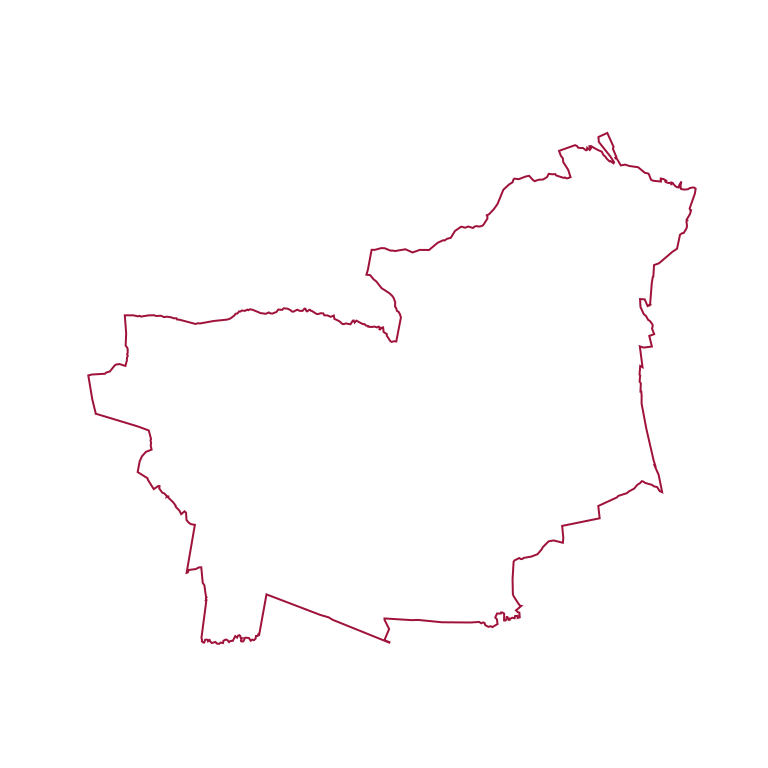 Vedea, Arges, Romania, rotated 280°
{"feature_id": "2599482B53469887912463", "entity_name": "Vedea", "entity_type": "district", "adm_level": 2, "iso_a3": "ROU", "parent_name": "Romania", "parent_adm1": "Arges", "projection": "equal_earth", "projection_center": [24.639, 44.783], "detail": "fine", "context": "isolated", "style": "outline", "palette": "rose", "viewbox_px": 768, "rotation_deg": 280, "n_neighbors": 0, "source": "geoboundaries", "source_scale": "gbopen_adm2", "svg_char_len": 6157}
<svg xmlns="http://www.w3.org/2000/svg" viewBox="0 0 768 768"><g transform="rotate(280 384 384)"><path d="M630.5,657.0L631.3,655.4L631.1,653.7L629.9,650.9L628.6,649.5L627.6,646.1L627.6,642.7L630.6,641.6L635.1,641.7L630.9,640.2L628.7,640.1L628.8,638.0L629.6,636.3L632.2,633.2L632.2,632.7L629.8,632.3L632.2,631.8L631.3,629.1L631.8,626.4L632.4,625.8L633.3,626.5L634.4,623.6L634.1,622.3L634.6,621.1L634.2,620.8L631.5,621.6L630.9,613.8L631.5,611.5L636.8,608.3L637.2,607.4L637.3,604.2L641.6,596.6L641.3,587.8L641.9,583.2L640.4,579.3L646.3,574.2L646.3,573.0L647.0,572.4L648.0,573.4L655.3,568.6L657.4,568.9L670.0,560.3L664.5,552.3L659.7,553.5L647.2,567.6L642.3,572.1L641.2,571.7L642.9,568.2L642.4,567.5L644.5,564.3L646.5,562.3L647.6,560.3L650.6,558.1L651.8,553.3L654.3,546.4L653.8,545.0L653.0,545.4L652.2,546.9L650.2,546.0L651.9,543.1L649.6,543.1L649.2,542.4L651.0,538.9L650.5,536.8L650.5,534.1L651.9,532.7L652.4,530.7L644.0,515.9L639.5,518.5L637.4,520.9L633.7,522.0L626.9,528.2L620.1,531.8L618.4,528.9L618.3,527.4L618.8,526.5L618.2,524.8L619.3,517.3L620.4,516.3L619.7,512.9L619.6,509.7L616.2,508.7L613.1,505.3L611.9,500.6L609.9,497.1L611.0,494.9L614.2,490.8L613.0,487.6L609.1,481.1L608.9,476.8L607.9,476.0L605.0,475.6L602.2,472.5L596.0,467.8L580.9,464.5L575.2,461.8L569.3,457.9L568.0,455.9L566.7,456.8L564.8,457.1L557.9,454.2L556.6,452.9L555.5,450.2L555.6,447.9L555.0,446.2L553.1,444.5L553.7,439.6L552.0,436.7L552.4,433.3L552.1,432.4L547.0,427.3L539.6,424.4L538.0,421.0L535.8,418.6L535.9,417.4L532.4,412.3L523.8,405.1L522.3,396.0L518.5,389.3L520.4,381.7L516.8,371.6L517.0,369.9L516.5,367.1L517.8,361.2L517.4,357.8L514.5,351.6L514.0,348.5L493.9,348.3L488.6,347.7L488.8,351.5L485.4,355.4L483.6,358.7L478.0,364.9L474.2,373.8L472.2,376.8L470.4,378.6L466.5,380.8L462.0,381.5L461.1,382.6L458.2,384.1L457.6,385.8L455.6,387.5L452.5,389.1L428.0,388.7L427.9,386.6L426.8,384.2L427.3,382.8L432.1,378.3L433.7,378.1L435.1,374.6L439.6,373.3L439.4,372.5L436.9,370.5L437.1,370.0L438.9,370.2L439.6,368.7L438.5,367.3L438.9,364.6L438.0,362.0L437.7,358.6L438.3,358.5L438.5,355.9L439.6,354.5L439.3,352.7L441.6,345.8L439.4,344.4L441.3,343.1L441.0,342.3L437.0,340.6L437.0,335.8L436.1,334.3L435.8,332.8L438.1,329.0L439.6,323.8L442.7,322.7L440.9,319.8L441.7,316.5L441.3,313.3L443.0,311.9L442.7,309.3L441.3,306.7L441.3,305.4L443.4,300.3L443.4,299.3L444.2,298.3L444.1,297.5L442.2,295.9L442.2,295.1L444.4,293.6L444.4,292.6L441.9,291.1L441.4,288.2L442.1,285.7L439.4,282.0L439.5,280.5L440.5,279.1L441.4,276.0L441.2,272.2L439.3,270.8L439.0,267.0L436.2,265.5L433.9,261.7L433.9,259.3L434.5,258.2L432.6,255.4L432.4,250.2L434.3,241.5L434.3,238.9L433.1,237.6L433.5,236.4L431.9,234.4L431.7,231.2L430.4,229.9L430.4,228.8L428.0,227.4L427.4,225.6L425.7,224.9L421.9,221.4L420.2,218.4L416.5,205.4L411.7,192.4L411.6,190.4L410.4,188.0L411.8,171.5L411.6,169.0L412.7,168.2L412.2,165.3L412.7,163.0L412.6,158.6L411.7,155.7L412.5,152.5L411.4,147.8L411.8,145.6L410.6,139.9L408.2,133.0L408.7,131.4L407.9,130.0L408.1,125.2L406.6,116.8L389.1,121.3L377.0,122.9L374.8,125.1L373.5,125.6L369.5,126.2L368.7,125.8L367.2,126.8L365.2,126.3L362.6,126.7L356.9,126.2L357.7,120.1L356.7,116.9L355.6,115.6L348.7,111.8L347.1,108.6L345.6,107.3L342.6,94.6L341.1,91.3L318.2,99.4L304.8,105.3L304.8,104.2L299.4,149.3L297.4,160.4L289.2,164.2L288.1,163.8L285.4,164.9L283.0,164.9L279.0,166.5L275.8,161.3L270.8,158.2L265.3,156.8L254.5,156.7L250.1,167.5L248.8,168.0L240.5,175.5L244.5,179.6L244.4,180.7L242.1,180.8L238.5,184.5L238.1,186.6L236.0,189.5L235.3,189.5L235.9,190.0L235.8,191.2L234.7,191.2L230.9,196.9L228.0,200.0L227.1,200.0L223.8,204.5L220.6,206.9L224.0,209.7L222.9,211.4L215.8,213.1L213.5,215.8L212.4,218.4L212.5,222.2L163.7,222.4L164.2,223.4L167.0,224.1L169.0,230.6L171.3,233.7L171.7,235.9L156.7,240.0L154.7,242.0L143.7,245.6L143.1,246.3L142.4,245.8L141.4,245.9L140.5,246.7L139.8,246.0L138.8,246.7L102.3,248.3L100.5,249.2L98.9,249.3L98.0,251.1L98.2,251.9L100.9,252.2L101.5,253.4L101.4,254.9L100.1,255.4L101.6,256.7L100.3,257.5L99.0,259.4L100.7,262.8L99.3,264.6L99.5,266.8L101.0,268.1L100.9,270.4L103.3,270.5L104.9,272.6L104.6,274.2L102.9,276.2L104.3,277.4L104.8,279.7L109.9,281.3L108.7,283.3L110.8,284.0L111.5,285.1L111.1,286.0L108.9,287.1L109.0,288.2L106.6,287.6L105.8,288.0L106.0,290.0L108.0,290.8L109.5,290.5L110.2,292.0L110.4,295.0L108.0,297.4L109.4,298.6L109.1,300.4L110.8,301.7L113.6,301.7L113.9,303.3L115.9,303.8L115.5,304.6L156.4,304.8L145.5,361.5L144.6,370.0L142.9,374.2L130.2,434.1L130.7,434.2L131.8,428.9L143.6,431.6L151.8,425.5L153.2,425.2L156.3,452.5L157.6,458.7L159.4,482.3L164.2,510.9L166.2,519.0L165.2,521.3L166.3,522.7L166.2,524.4L164.1,525.6L163.0,529.0L164.0,531.2L163.4,532.9L167.3,537.5L171.8,536.1L173.4,534.1L177.6,535.2L178.3,539.0L179.4,539.1L179.5,540.3L178.8,542.2L172.0,543.3L172.0,544.4L173.3,545.5L175.8,545.3L175.9,545.9L175.1,546.0L174.7,546.9L174.8,547.7L173.4,547.9L173.5,548.6L174.2,548.5L176.1,550.9L176.0,553.3L178.3,553.4L178.9,555.7L176.8,556.2L177.8,558.2L182.4,557.0L182.5,555.5L184.0,553.3L189.3,557.7L189.3,556.4L191.8,553.8L197.8,548.3L199.4,547.4L214.1,544.5L231.5,542.5L232.9,543.1L236.1,547.4L235.4,549.0L235.5,550.3L237.1,552.0L239.5,558.8L243.0,564.7L248.6,568.0L251.0,568.8L257.6,573.4L259.4,578.2L258.7,587.7L263.6,587.3L275.2,584.1L289.2,619.7L301.1,616.2L312.7,633.0L314.5,634.2L318.7,642.2L320.8,643.9L324.4,648.5L328.6,650.9L331.0,653.5L333.0,654.7L333.1,655.6L331.9,658.6L331.2,665.5L330.1,667.6L329.9,670.9L326.4,674.1L325.8,676.7L342.1,670.3L350.7,664.6L350.6,665.4L355.8,662.7L386.0,649.9L409.4,641.1L417.5,639.7L421.3,638.7L421.1,637.9L429.3,636.8L430.7,635.3L437.0,634.8L437.6,634.0L446.3,633.2L445.4,635.7L465.5,629.4L465.0,632.7L465.2,634.2L467.4,641.3L477.4,636.9L480.0,641.4L485.2,638.3L487.8,638.6L489.3,638.0L492.3,634.9L493.0,633.0L496.5,630.2L497.9,627.7L504.4,623.2L512.1,621.4L512.6,626.1L506.6,630.0L507.8,631.2L507.3,631.6L508.4,632.7L509.0,632.2L529.7,630.2L536.0,630.1L536.4,630.6L548.0,629.3L550.6,633.8L564.3,645.1L568.1,649.1L582.4,649.6L584.0,651.1L584.9,653.0L589.9,654.9L592.1,655.0L596.7,653.6L597.9,654.3L598.4,653.5L604.7,655.9L608.4,656.2L608.3,655.5L609.9,654.5L625.6,657.1L630.5,657.0Z" fill="none" stroke="#9f1239" stroke-width="2"/></g></svg>